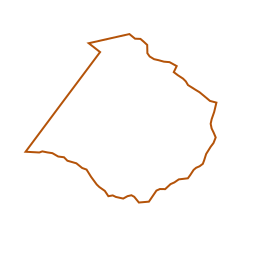 Prata do Piauí, Piauí, Brazil, rotated 126°
{"feature_id": "56859067B9485913945767", "entity_name": "Prata do Piauí", "entity_type": "district", "adm_level": 2, "iso_a3": "BRA", "parent_name": "Brazil", "parent_adm1": "Piauí", "projection": "albers", "projection_center": [-42.169, -5.724], "detail": "fine", "context": "isolated", "style": "outline", "palette": "amber", "viewbox_px": 256, "rotation_deg": 126, "n_neighbors": 0, "source": "geoboundaries", "source_scale": "gbopen_adm2", "svg_char_len": 963}
<svg xmlns="http://www.w3.org/2000/svg" viewBox="0 0 256 256"><g transform="rotate(126 128 128)"><path d="M55.5,71.4L57.9,77.6L57.0,91.1L57.4,95.8L58.0,104.7L56.3,108.6L55.7,112.5L56.0,118.7L55.9,123.8L49.3,125.0L50.3,133.1L53.2,137.9L55.2,143.2L57.0,147.4L57.4,152.5L56.1,156.3L53.3,158.4L49.5,161.3L49.0,165.5L48.6,170.3L51.6,174.8L51.2,182.1L82.5,209.6L83.0,195.2L151.2,196.2L207.4,196.9L199.9,185.3L197.3,183.6L195.1,178.8L192.8,174.4L192.1,167.7L189.3,162.6L190.1,157.8L186.9,149.0L187.3,141.6L186.0,137.1L189.2,129.2L192.1,120.1L192.6,116.5L192.5,109.8L194.7,103.8L191.5,100.7L190.9,97.3L187.9,90.4L183.4,88.3L180.4,85.7L180.0,82.5L181.9,75.4L175.3,67.8L161.9,68.2L158.6,66.3L155.6,62.0L148.4,60.6L144.8,58.5L139.7,56.7L133.5,50.0L129.5,50.0L123.3,50.3L120.1,49.5L116.9,47.6L113.0,46.4L109.4,47.4L103.1,49.5L94.5,50.1L89.9,50.0L84.1,51.5L81.5,55.8L79.2,60.1L76.0,63.6L71.7,65.5L64.4,67.7L55.5,71.4Z" fill="none" stroke="#b45309" stroke-width="2"/></g></svg>